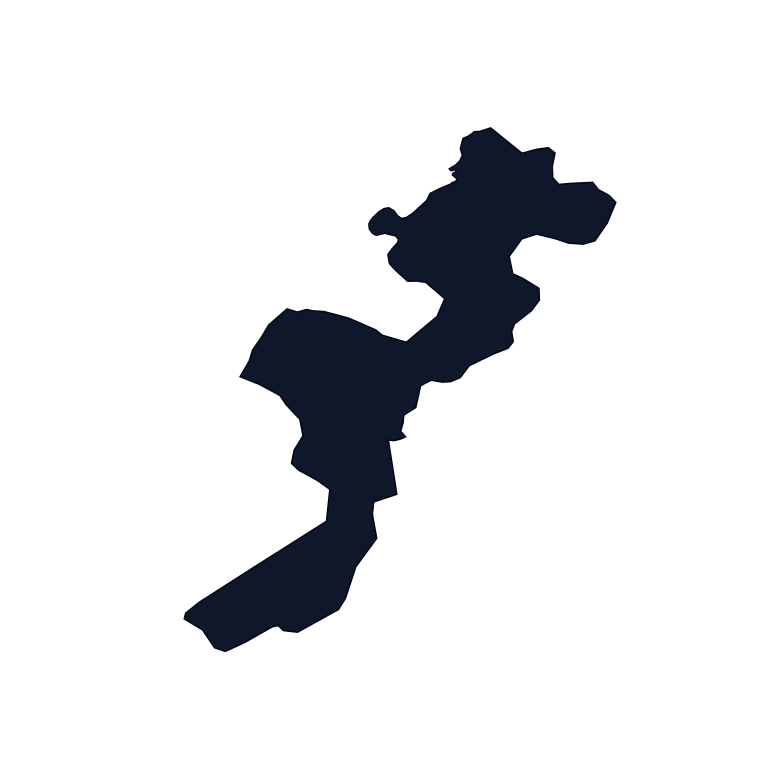 Bomadi, Delta, Nigeria, rotated 59°
{"feature_id": "59680162B43870676483034", "entity_name": "Bomadi", "entity_type": "district", "adm_level": 2, "iso_a3": "NGA", "parent_name": "Nigeria", "parent_adm1": "Delta", "projection": "equal_earth", "projection_center": [5.801, 5.229], "detail": "fine", "context": "isolated", "style": "filled", "palette": "ink", "viewbox_px": 768, "rotation_deg": 59, "n_neighbors": 0, "source": "geoboundaries", "source_scale": "gbopen_adm2", "svg_char_len": 1920}
<svg xmlns="http://www.w3.org/2000/svg" viewBox="0 0 768 768"><g transform="rotate(59 384 384)"><path d="M553.8,539.0L547.9,527.5L526.2,502.3L512.5,469.7L489.8,461.1L479.8,453.5L485.1,429.8L434.3,409.1L437.8,404.4L439.6,398.6L440.4,392.7L433.1,394.1L427.0,387.5L420.9,383.1L420.5,368.8L404.3,353.5L405.0,341.7L412.4,333.1L416.3,325.6L417.8,315.4L412.2,301.4L414.6,274.8L417.2,259.2L414.3,251.4L404.8,247.6L399.7,241.2L397.1,219.8L392.1,207.6L381.8,201.9L365.6,210.3L355.8,216.8L339.1,211.0L330.6,191.1L334.1,176.0L347.5,162.5L358.4,153.1L366.8,141.1L369.9,129.4L361.1,109.9L347.8,91.8L338.1,94.0L328.0,100.1L318.6,101.3L307.6,121.8L303.0,131.3L294.1,133.1L284.1,127.6L274.1,118.4L266.1,121.4L261.4,132.4L257.2,146.9L219.4,160.7L216.7,172.1L214.3,176.4L215.0,183.9L214.2,189.8L221.5,197.3L228.4,199.1L231.8,204.1L233.2,210.1L233.1,217.3L235.7,216.8L237.2,212.6L238.5,211.9L239.1,214.1L238.9,216.5L240.0,217.8L245.2,216.0L246.5,216.5L247.1,218.1L246.9,220.6L246.4,222.2L247.0,223.2L245.4,234.1L244.4,246.4L248.7,252.9L252.5,271.6L252.8,279.0L251.2,283.7L247.0,285.7L240.7,286.2L235.3,289.2L233.7,293.7L233.8,299.8L235.7,308.1L237.0,311.5L239.0,314.5L243.4,316.7L249.0,316.3L252.5,314.1L255.2,305.7L260.2,300.7L263.1,297.8L267.3,297.1L269.9,299.4L272.1,307.1L275.0,314.0L280.5,316.2L283.6,317.3L292.7,315.5L308.1,310.8L312.7,302.8L318.3,295.9L342.1,288.0L353.4,303.7L359.7,343.4L341.2,360.4L333.5,363.2L309.3,380.4L290.9,398.2L285.0,406.9L280.3,412.0L277.9,420.7L277.1,421.8L269.7,428.4L274.0,452.4L280.8,465.0L287.2,479.2L294.9,487.7L303.6,503.6L320.2,491.0L340.1,479.2L351.6,478.5L361.5,476.4L370.7,474.3L386.7,480.1L394.3,494.9L404.4,504.2L414.2,501.4L432.1,490.9L446.4,484.7L472.0,504.0L474.0,588.7L475.9,654.7L478.2,672.0L482.5,676.2L501.3,666.2L522.8,665.1L531.5,657.7L533.8,636.6L534.6,605.0L536.5,599.2L543.6,597.1L552.2,586.0L553.4,552.2L553.8,539.0Z" fill="#0f172a" stroke="#020617" stroke-width="1.5"/></g></svg>